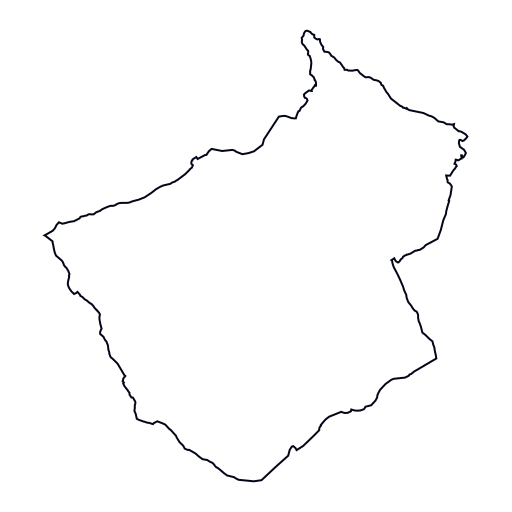 Pojorata, Suceava, Romania (Mercator projection)
{"feature_id": "2599482B93578143762204", "entity_name": "Pojorata", "entity_type": "district", "adm_level": 2, "iso_a3": "ROU", "parent_name": "Romania", "parent_adm1": "Suceava", "projection": "mercator", "projection_center": [25.425, 47.481], "detail": "fine", "context": "isolated", "style": "outline", "palette": "ink", "viewbox_px": 512, "rotation_deg": 0, "n_neighbors": 0, "source": "geoboundaries", "source_scale": "gbopen_adm2", "svg_char_len": 5940}
<svg xmlns="http://www.w3.org/2000/svg" viewBox="0 0 512 512"><path d="M238.6,479.8L253.8,481.3L261.5,480.2L276.0,466.6L288.2,455.7L289.7,449.9L291.8,446.6L293.2,446.1L295.5,448.1L296.6,450.1L303.1,446.0L314.1,435.4L319.2,430.2L319.3,428.3L319.9,426.9L321.0,425.7L320.8,425.0L325.4,419.6L329.1,416.7L341.3,411.8L342.5,412.4L344.9,413.0L347.8,412.8L350.9,411.3L351.3,409.5L353.8,410.3L356.5,410.7L360.2,410.5L364.0,409.2L365.5,406.7L371.1,405.3L375.4,400.7L377.1,397.6L377.4,395.2L378.6,392.5L380.1,389.8L385.5,384.0L391.3,379.8L393.7,378.8L405.0,377.6L408.1,376.1L409.1,375.4L409.4,374.6L411.3,373.9L414.0,371.6L436.3,358.5L435.9,355.6L434.7,350.3L434.4,347.7L433.2,344.5L432.5,341.4L429.4,338.9L425.6,335.1L422.4,332.6L421.0,327.1L419.7,323.2L418.6,321.1L418.6,320.0L418.1,318.2L418.1,315.3L417.7,313.7L416.7,311.7L414.4,310.4L412.6,308.1L411.3,305.8L408.3,302.1L406.7,298.0L406.2,294.7L404.3,290.7L403.1,286.8L400.1,279.7L397.7,274.6L393.8,267.2L392.6,263.7L392.0,260.4L391.5,260.1L394.3,258.3L395.0,259.9L395.9,261.2L397.9,262.5L398.4,262.4L399.5,261.4L400.8,259.4L402.5,258.0L403.1,256.7L404.2,256.1L404.5,255.6L406.2,255.1L406.7,254.6L407.2,254.7L410.7,253.5L415.2,250.7L416.7,250.6L417.8,250.1L419.7,249.9L423.7,247.4L425.7,245.1L437.6,238.8L440.8,230.0L443.3,220.2L445.9,214.1L446.3,211.0L447.9,205.1L449.2,201.0L448.6,200.5L450.5,195.1L451.7,187.5L451.8,186.5L451.3,185.5L449.8,183.5L447.8,182.4L447.5,181.7L447.6,180.5L447.5,179.9L446.9,178.6L446.2,175.5L450.0,175.7L453.3,170.5L455.2,168.3L455.3,168.0L456.2,166.6L456.7,166.2L456.5,165.4L456.0,164.5L454.5,163.8L455.5,161.5L455.7,159.7L457.3,160.0L458.0,160.4L458.5,160.3L460.6,158.9L461.7,158.5L461.5,156.9L461.3,156.7L461.2,155.3L461.9,155.3L462.2,156.2L463.2,157.4L463.5,157.3L464.9,155.1L465.9,153.0L464.1,149.8L459.9,146.8L458.9,143.2L458.9,142.4L459.3,140.2L459.5,139.9L460.0,139.8L460.7,140.0L462.6,141.0L464.1,140.3L466.4,138.0L467.4,136.5L465.6,134.3L461.5,131.8L459.9,131.3L458.7,131.2L454.3,127.7L453.6,126.4L454.0,124.1L452.1,124.7L449.8,124.3L446.6,124.2L443.6,122.3L438.3,121.4L434.5,118.0L431.7,116.4L428.9,115.6L423.4,113.0L409.2,110.1L407.7,109.2L406.8,108.1L406.2,108.7L404.8,108.0L402.9,107.6L402.7,107.1L402.0,106.6L400.8,106.0L400.4,106.0L390.9,98.5L390.1,97.1L389.8,96.9L388.2,94.1L386.2,91.8L385.5,90.4L384.0,87.9L383.5,86.6L382.9,85.6L381.6,85.0L381.0,83.9L380.8,82.8L378.5,81.0L376.7,80.4L373.4,79.7L371.3,78.1L369.7,77.3L368.5,77.1L365.8,77.3L364.4,76.6L359.8,73.0L358.3,70.8L357.3,69.9L354.2,70.3L352.5,70.7L348.1,70.5L347.1,69.8L344.6,69.8L343.9,67.8L343.0,67.0L341.8,65.0L339.9,62.4L338.3,61.8L336.2,60.0L334.2,57.5L331.2,55.7L331.1,55.3L329.8,53.4L328.7,52.3L327.0,51.9L324.4,51.7L323.0,49.0L323.2,46.9L321.8,45.3L320.7,43.3L320.0,41.3L319.9,39.3L318.9,39.0L317.5,39.5L315.3,38.4L314.3,37.5L314.2,34.8L312.4,34.3L310.7,32.6L310.4,32.0L307.0,30.7L306.1,30.8L305.4,31.2L304.5,32.4L303.8,34.0L303.6,35.5L301.7,37.9L302.1,40.1L301.8,41.4L301.9,42.4L302.1,43.2L303.0,44.6L304.1,45.4L307.2,50.0L308.1,50.7L308.2,52.4L307.9,54.2L308.4,55.2L309.6,55.8L310.4,57.9L311.2,61.1L311.3,63.6L310.9,67.2L310.6,69.7L310.1,70.7L310.2,73.1L310.0,73.7L310.2,74.3L310.6,74.6L312.1,75.5L312.6,76.3L313.7,77.1L314.4,78.9L314.6,80.0L315.2,80.4L315.9,82.2L316.1,85.5L315.9,85.8L314.9,85.2L314.3,86.3L312.9,88.2L311.4,90.5L311.6,91.0L311.3,91.0L310.0,90.6L309.0,90.5L305.5,93.0L304.2,94.2L303.9,94.7L304.1,95.4L304.1,96.3L304.9,97.8L306.5,98.4L307.0,99.2L307.5,100.6L305.5,103.9L303.0,106.5L301.9,106.9L300.9,108.0L299.5,110.9L298.4,111.3L297.6,113.0L296.3,116.6L295.9,118.3L294.6,118.4L291.4,118.1L288.1,116.8L285.6,116.0L283.4,115.9L278.9,116.6L264.0,139.3L262.5,144.8L254.0,151.3L248.5,153.1L242.4,154.2L236.3,151.8L234.9,150.7L232.5,149.9L222.1,151.0L211.6,148.9L208.9,151.2L206.4,154.9L204.9,155.1L197.6,159.0L196.3,157.0L192.7,159.3L192.5,159.6L192.4,160.4L191.9,160.6L191.4,161.9L191.3,163.3L191.6,164.1L192.9,165.2L191.8,167.7L190.1,169.0L188.9,170.5L185.0,174.3L177.4,180.0L176.2,180.6L175.1,181.5L172.0,182.6L170.4,183.8L163.1,185.5L160.0,186.9L156.2,189.1L151.2,193.0L144.7,197.3L138.6,199.7L133.6,201.0L131.1,201.8L129.6,202.5L127.1,202.9L121.5,202.9L119.4,203.1L117.3,203.8L115.4,205.1L112.9,205.9L110.7,205.8L108.2,206.6L104.6,208.1L101.9,209.4L99.9,210.9L96.1,212.3L93.7,214.3L92.0,214.4L89.2,214.2L88.4,214.4L86.8,215.5L84.8,215.8L83.3,216.3L81.4,216.5L80.4,217.0L79.5,218.4L74.0,221.2L69.4,221.9L64.5,223.3L62.3,223.7L58.9,222.3L56.6,224.9L54.8,228.4L52.8,230.7L44.6,235.4L45.3,235.7L52.5,241.3L52.7,243.1L53.3,245.4L53.7,247.9L54.7,252.4L56.0,255.6L61.5,260.3L62.6,261.7L63.5,263.7L64.0,265.2L65.3,266.9L66.4,267.8L68.3,271.0L69.4,273.9L69.5,274.3L68.9,275.6L68.9,276.1L69.2,276.8L68.0,281.7L67.8,284.3L68.4,286.4L69.4,288.5L71.5,291.5L73.6,293.5L74.0,294.0L76.0,293.1L77.5,291.9L80.0,294.8L80.3,295.8L82.4,297.0L84.8,299.4L86.8,300.5L89.2,302.6L91.7,304.2L93.6,306.3L93.9,306.9L94.6,307.9L96.8,310.3L96.9,310.2L98.6,312.3L99.0,312.6L99.9,314.3L99.4,317.5L99.5,319.5L100.3,324.0L101.6,328.7L100.6,330.5L100.1,332.2L100.2,334.0L103.5,336.8L104.9,339.8L106.4,341.5L107.9,345.3L108.4,349.7L109.2,352.1L109.5,354.3L110.5,356.9L111.0,357.4L113.3,359.4L117.6,363.7L124.4,375.2L125.3,376.0L123.5,378.2L123.1,379.4L123.0,380.4L122.6,381.3L123.9,382.6L123.2,383.5L124.6,386.4L127.8,390.4L128.0,390.9L129.5,392.9L129.5,394.5L131.4,397.5L132.9,397.6L133.1,397.9L134.5,400.3L135.1,401.3L135.4,402.3L135.3,403.1L135.3,403.8L134.8,405.1L134.8,408.1L134.4,410.6L134.6,411.3L135.7,413.8L136.8,418.8L139.2,420.0L142.4,421.1L143.2,421.5L144.5,421.7L146.9,422.6L148.8,422.8L153.0,424.1L153.8,423.1L157.3,421.3L162.9,423.5L165.4,424.7L169.5,429.2L170.5,429.7L176.1,435.9L176.6,437.4L179.6,442.2L182.9,445.4L183.9,446.9L184.7,448.6L187.8,450.0L189.1,449.8L195.5,453.5L199.0,456.6L202.6,459.2L207.2,460.0L210.2,461.9L212.4,462.8L213.7,464.1L215.7,466.8L218.5,468.5L224.3,473.4L227.2,475.5L234.1,477.2L235.5,478.2L238.6,479.8Z" fill="none" stroke="#020617" stroke-width="2"/></svg>